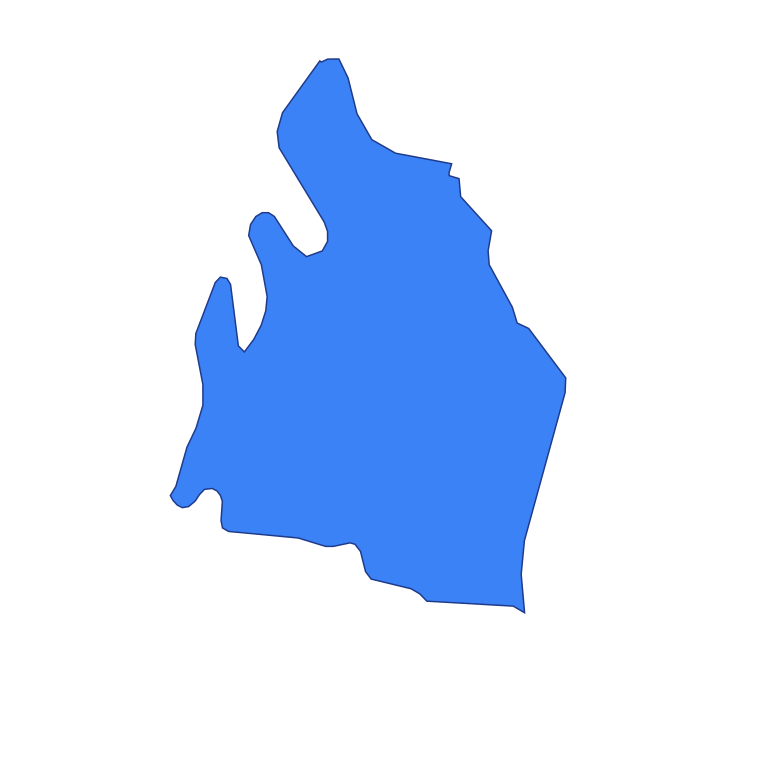 map outline of Ragusa (Equal Earth projection), rotated 219°
{"feature_id": "ITA-5415", "entity_name": "Ragusa", "entity_type": "Province", "adm_level": 1, "iso_a3": "ITA", "parent_name": "Italy", "parent_adm1": "", "projection": "equal_earth", "projection_center": [14.765, 36.912], "detail": "fine", "context": "isolated", "style": "filled", "palette": "blue", "viewbox_px": 768, "rotation_deg": 219, "n_neighbors": 0, "source": "natural_earth", "source_scale": "10m", "svg_char_len": 1191}
<svg xmlns="http://www.w3.org/2000/svg" viewBox="0 0 768 768"><g transform="rotate(219 384 384)"><path d="M637.2,594.7L635.3,594.8L632.2,601.1L623.6,608.2L604.5,599.2L575.0,577.0L547.2,566.2L520.3,570.6L470.0,597.7L466.5,589.3L464.5,586.9L454.9,590.8L442.3,577.8L396.8,570.8L386.9,553.0L377.3,542.9L332.5,524.4L318.9,515.2L306.5,518.2L246.6,503.1L237.9,491.4L176.3,350.6L157.6,322.4L130.8,294.7L143.8,292.7L214.0,242.2L224.2,243.4L234.1,241.9L271.2,224.3L280.3,226.6L296.9,239.1L305.7,241.2L310.4,239.2L321.2,225.9L327.1,221.1L353.8,210.3L412.0,171.6L418.9,170.5L424.6,175.2L435.8,191.1L440.9,194.4L446.4,195.8L451.7,194.7L457.2,189.2L457.8,182.0L457.1,174.0L458.7,165.8L462.9,161.0L468.5,159.8L474.5,160.7L479.8,162.8L481.3,173.4L497.4,211.0L502.3,231.4L511.4,253.6L524.4,269.6L555.6,295.9L562.0,304.8L579.0,356.7L578.4,364.1L572.5,367.2L565.9,364.8L521.2,322.0L512.7,321.0L513.3,336.8L516.4,352.3L521.9,366.4L529.8,378.4L554.4,399.5L582.6,414.2L588.1,424.0L589.0,433.5L586.5,440.5L581.5,444.5L574.6,445.2L541.4,434.2L524.4,434.2L515.7,448.6L517.6,459.3L523.9,467.1L532.3,472.2L614.2,501.6L625.9,513.0L633.6,531.0L637.2,594.7Z" fill="#3b82f6" stroke="#1e3a8a" stroke-width="1.5"/></g></svg>